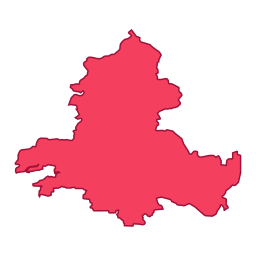 map outline of Rostov (Robinson projection)
{"feature_id": "RUS-2367", "entity_name": "Rostov", "entity_type": "Region", "adm_level": 1, "iso_a3": "RUS", "parent_name": "Russia", "parent_adm1": "", "projection": "robinson", "projection_center": [41.086, 48.087], "detail": "fine", "context": "isolated", "style": "filled", "palette": "rose", "viewbox_px": 256, "rotation_deg": 0, "n_neighbors": 0, "source": "natural_earth", "source_scale": "10m", "svg_char_len": 5773}
<svg xmlns="http://www.w3.org/2000/svg" viewBox="0 0 256 256"><path d="M78.3,84.1L79.3,83.8L79.7,81.4L80.5,80.3L83.7,78.3L85.6,76.0L87.1,75.2L87.4,74.7L87.5,73.1L88.1,70.7L84.6,66.5L83.8,65.1L83.6,63.7L84.3,62.2L86.4,61.0L86.9,60.4L87.1,59.4L86.7,59.0L88.3,57.5L89.5,57.2L92.8,57.5L97.2,58.6L100.1,58.7L102.4,57.8L103.7,56.6L104.5,56.3L107.0,56.0L108.5,56.1L111.5,54.4L114.3,54.3L119.6,49.6L120.0,48.4L120.1,46.2L120.5,44.0L122.5,41.4L124.7,39.5L128.1,38.6L131.1,36.4L131.4,35.6L131.0,34.9L128.9,33.3L128.6,32.7L128.9,32.1L131.5,30.0L136.3,36.4L139.0,37.3L139.8,37.8L140.0,38.1L139.6,39.0L139.6,40.1L140.7,41.9L150.1,44.7L151.2,46.0L154.6,48.7L158.8,51.6L160.9,54.3L161.1,55.1L159.8,57.7L158.9,59.9L158.7,61.9L157.5,62.4L157.3,63.0L157.1,65.3L156.6,67.5L156.7,68.1L157.8,69.6L158.1,72.8L157.7,73.1L156.4,73.4L156.0,74.0L157.4,76.7L157.3,79.0L158.2,79.5L161.0,79.5L166.0,78.6L167.2,79.0L168.2,80.4L168.6,82.9L169.0,83.6L172.2,84.0L178.8,87.5L179.0,88.3L178.8,90.6L179.2,91.4L181.3,93.5L181.9,95.3L178.6,99.3L178.7,100.4L180.2,102.7L180.3,103.5L179.9,104.7L178.7,105.3L177.7,106.7L176.2,107.0L175.2,107.5L173.4,107.7L171.3,108.7L169.7,108.4L168.0,109.0L164.9,109.0L159.6,111.3L157.7,113.0L157.5,113.7L159.2,116.3L160.3,118.7L159.9,119.1L157.3,119.4L156.7,119.9L156.6,120.6L156.8,121.3L158.2,122.6L158.6,124.5L158.5,124.8L157.2,125.6L156.8,126.1L155.7,129.2L155.7,130.1L156.1,130.6L157.8,130.7L161.4,130.4L163.1,130.5L165.0,131.2L166.4,130.0L167.2,129.8L172.9,131.2L175.2,133.5L181.7,138.7L183.8,144.2L188.1,150.9L189.3,153.5L190.1,154.3L191.6,153.9L193.7,151.5L194.7,151.2L196.7,151.4L197.3,151.7L197.5,152.8L197.4,155.0L198.7,156.5L200.0,157.1L201.4,157.1L209.4,155.5L212.7,155.4L213.7,155.6L215.9,157.3L217.6,156.2L218.5,155.9L219.5,157.2L221.1,160.7L221.2,162.0L220.9,164.4L221.2,164.8L226.3,165.4L226.7,161.0L227.5,159.7L228.5,159.0L232.4,158.8L232.7,158.5L232.7,152.9L236.7,151.4L237.3,151.6L237.3,153.9L237.5,154.4L240.0,155.2L240.5,155.5L240.6,155.9L240.6,172.7L238.4,182.3L235.8,184.9L234.8,185.4L232.6,185.2L231.5,185.6L230.8,187.0L226.3,190.5L225.8,191.2L225.5,192.7L224.3,194.7L222.4,196.3L222.1,197.0L222.6,197.6L225.6,198.6L226.3,199.4L226.1,204.5L227.9,206.7L228.0,207.3L227.9,208.0L226.3,208.8L224.5,210.3L224.1,210.2L224.0,208.2L223.3,206.9L222.5,205.7L221.2,204.9L220.7,204.9L220.4,205.3L220.2,206.7L217.2,211.1L216.2,213.7L215.2,214.6L212.4,216.1L205.5,215.7L204.1,214.9L195.2,207.1L189.6,203.6L188.9,203.7L184.0,205.8L182.6,205.4L177.8,204.9L177.3,204.8L175.8,203.2L171.7,201.5L171.6,200.8L170.4,199.5L161.5,197.1L157.1,198.0L156.6,198.3L156.6,198.7L157.4,202.2L158.6,204.4L159.2,205.1L160.9,205.3L161.7,205.9L163.0,209.1L155.2,209.8L154.0,210.3L154.0,211.6L153.6,212.4L152.7,213.3L152.2,215.1L151.0,215.6L150.1,216.5L149.5,216.6L147.4,215.8L146.9,214.7L145.6,213.8L144.7,214.0L142.8,215.4L142.3,215.9L142.4,216.4L143.2,217.6L142.7,218.8L142.9,219.4L144.8,221.8L145.1,222.8L144.8,223.8L143.7,224.5L142.2,224.7L139.1,224.1L134.0,223.8L133.4,224.0L133.0,225.9L132.3,226.0L124.4,225.7L124.4,223.6L123.5,222.7L123.4,221.4L123.1,220.5L121.7,219.8L120.2,218.2L118.2,217.7L117.9,217.2L117.6,215.6L116.8,214.7L116.9,214.2L117.8,213.6L118.2,212.9L118.4,210.1L116.1,210.8L115.8,211.0L115.7,212.5L115.2,212.8L109.5,212.9L108.9,212.3L108.6,210.9L108.4,210.7L94.1,210.8L93.3,210.1L92.3,208.2L90.3,207.7L90.2,207.2L90.5,206.5L92.0,205.1L92.0,203.3L90.2,202.5L89.5,199.5L89.2,199.3L83.8,198.7L83.3,198.5L83.1,197.8L83.3,195.0L83.9,194.5L85.2,194.1L85.5,192.1L86.5,190.5L84.2,189.7L82.5,188.5L75.9,188.5L75.5,188.4L74.9,187.6L74.1,187.4L71.8,187.5L70.9,188.0L66.1,187.9L65.4,187.2L62.5,186.9L62.0,186.5L61.2,186.5L60.0,187.5L58.2,188.1L53.6,188.3L53.4,189.1L53.8,190.5L53.7,191.5L53.3,191.9L51.8,191.9L51.3,192.2L51.0,193.2L51.2,194.9L51.0,195.2L48.1,196.1L43.0,194.7L40.5,194.5L40.1,194.8L39.6,196.6L38.9,195.6L39.3,190.9L40.3,190.3L40.7,187.9L40.6,186.5L41.6,186.2L41.1,185.9L39.8,185.9L39.0,186.2L33.5,185.9L33.1,185.6L32.9,184.0L37.7,182.6L40.0,180.4L42.6,180.1L44.6,178.7L46.3,177.1L47.7,176.2L48.6,176.4L49.2,177.2L50.6,176.5L54.6,177.3L55.3,177.2L55.6,176.5L56.2,173.9L57.0,173.2L59.3,172.5L58.1,171.7L57.1,171.9L55.3,173.7L54.7,173.3L54.6,172.8L55.1,171.5L54.4,171.3L54.2,170.9L54.5,169.0L55.1,168.9L55.4,168.3L55.4,166.9L54.8,165.8L51.9,165.4L50.8,164.9L50.2,165.2L48.3,164.6L45.6,166.1L43.1,166.1L42.5,167.6L42.8,169.0L40.9,169.4L39.4,170.2L36.7,170.2L32.0,171.4L28.6,171.5L29.2,172.1L29.2,172.5L27.3,172.3L26.4,171.9L25.9,171.2L26.5,170.9L27.1,169.9L27.8,169.4L28.9,167.7L30.1,167.2L36.9,166.5L38.5,165.1L38.5,164.6L38.2,164.5L37.1,165.9L30.2,166.7L28.7,167.2L27.4,168.1L26.7,169.4L25.3,170.3L24.8,171.3L24.0,171.6L18.1,172.3L16.3,173.0L15.7,171.7L15.6,170.3L15.8,168.9L16.5,167.9L18.8,166.7L19.3,166.0L19.5,165.1L19.1,164.6L18.5,164.4L15.8,164.4L15.4,163.9L15.4,163.2L15.9,162.4L18.0,159.7L18.2,158.4L18.1,155.1L18.7,153.5L19.4,151.9L20.3,150.6L21.6,149.9L29.3,149.0L30.2,148.6L32.9,146.4L35.6,146.7L36.0,145.9L36.3,144.0L37.0,141.9L37.9,140.1L39.2,138.8L40.9,138.2L46.8,138.4L48.8,139.6L49.5,139.7L57.1,138.9L57.8,139.0L59.7,140.0L62.1,139.6L64.0,140.0L66.2,139.6L71.0,140.5L72.2,140.3L73.1,139.5L73.7,138.4L74.0,137.1L73.8,135.8L74.5,133.6L73.9,132.2L73.2,131.2L73.9,130.5L76.2,130.2L76.3,129.8L75.7,128.3L75.8,127.3L76.3,126.4L78.1,123.5L81.2,121.1L81.7,120.2L81.8,119.3L81.3,118.6L80.5,118.4L77.8,119.1L75.3,117.7L77.8,116.0L79.3,114.6L77.2,110.3L76.4,109.7L76.3,109.0L77.2,108.9L77.3,108.5L76.8,106.4L76.1,105.6L75.2,105.1L70.8,104.6L68.7,104.9L71.4,97.6L71.7,97.2L72.6,96.9L73.4,95.5L74.2,94.8L75.8,94.5L79.8,95.8L81.3,95.6L82.9,94.6L84.1,92.9L84.1,92.0L83.4,91.2L82.5,91.1L81.2,92.4L80.4,92.8L78.9,91.6L77.2,91.7L73.4,90.8L72.3,88.9L70.4,87.4L70.7,85.1L71.3,84.7L73.1,84.8L76.1,83.9L78.3,84.1Z" fill="#f43f5e" stroke="#9f1239" stroke-width="1.5"/></svg>